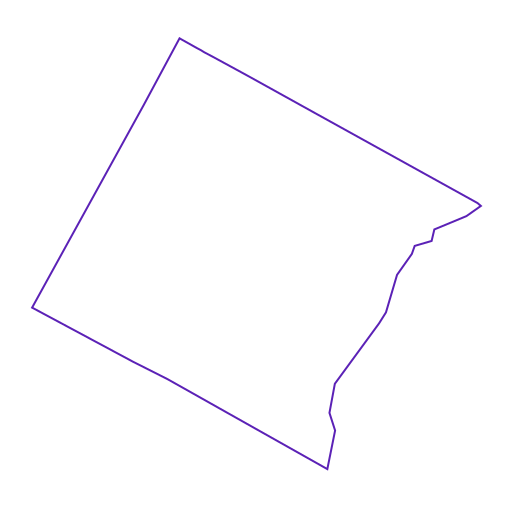 Richland, Wisconsin, United States of America, rotated 299°
{"feature_id": "52423323B47110038275791", "entity_name": "Richland", "entity_type": "district", "adm_level": 2, "iso_a3": "USA", "parent_name": "United States of America", "parent_adm1": "Wisconsin", "projection": "orthographic", "projection_center": [-90.361, 43.36], "detail": "fine", "context": "isolated", "style": "outline", "palette": "violet", "viewbox_px": 512, "rotation_deg": 299, "n_neighbors": 0, "source": "geoboundaries", "source_scale": "gbopen_adm2", "svg_char_len": 485}
<svg xmlns="http://www.w3.org/2000/svg" viewBox="0 0 512 512"><g transform="rotate(299 256 256)"><path d="M333.1,84.6L256.1,84.8L102.3,85.2L103.9,199.9L105.4,238.4L104.2,421.7L141.7,409.8L154.4,396.3L182.5,386.9L256.8,396.3L269.7,397.0L307.9,388.5L333.4,391.3L341.8,389.9L354.3,402.3L365.7,399.1L392.9,420.7L408.8,428.4L409.7,424.1L409.6,238.0L409.6,161.0L409.3,122.3L409.1,111.8L409.3,108.0L409.2,103.1L409.3,83.6L333.1,84.6Z" fill="none" stroke="#5b21b6" stroke-width="2"/></g></svg>